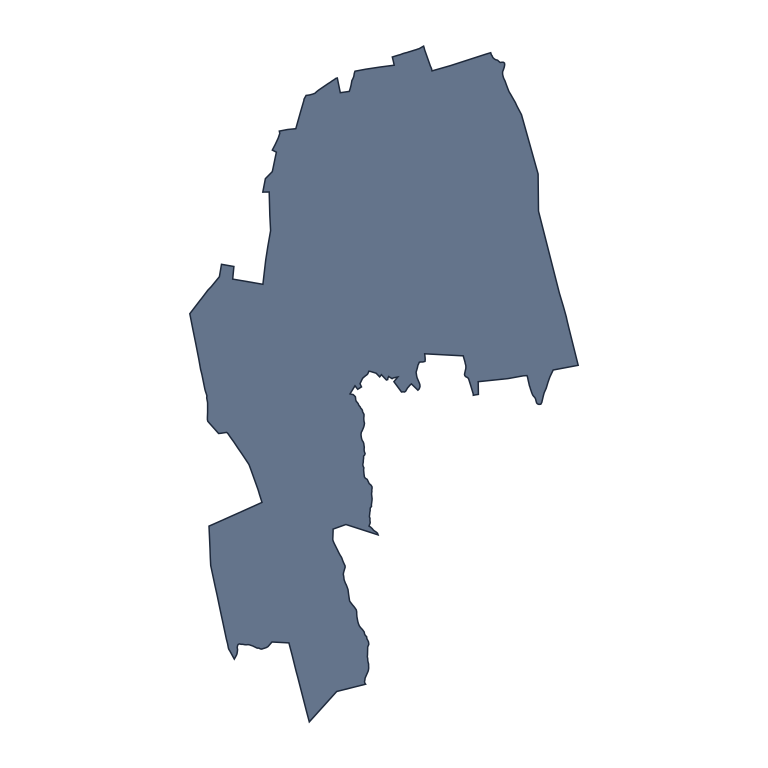 Ol Jorok, Central, Kenya
{"feature_id": "3690345B69894021790140", "entity_name": "Ol Jorok", "entity_type": "district", "adm_level": 2, "iso_a3": "KEN", "parent_name": "Kenya", "parent_adm1": "Central", "projection": "orthographic", "projection_center": [36.31, -0.178], "detail": "fine", "context": "isolated", "style": "filled", "palette": "slate", "viewbox_px": 768, "rotation_deg": 0, "n_neighbors": 0, "source": "geoboundaries", "source_scale": "gbopen_adm2", "svg_char_len": 6050}
<svg xmlns="http://www.w3.org/2000/svg" viewBox="0 0 768 768"><path d="M222.4,620.3L226.1,637.8L226.4,639.2L227.6,643.8L228.4,648.1L228.9,649.5L229.7,650.7L234.3,659.1L235.6,656.8L236.5,655.1L237.0,653.8L237.4,651.3L237.6,649.6L237.2,647.5L237.6,645.5L238.2,644.4L239.5,643.9L241.0,644.3L242.8,644.3L244.7,644.7L246.2,644.8L248.1,644.6L249.7,644.9L251.0,645.4L252.6,645.9L257.1,648.1L258.9,648.1L260.3,648.9L261.8,649.1L263.1,648.6L264.8,648.1L266.5,647.5L268.0,646.6L272.0,642.0L288.9,642.9L292.2,655.4L294.8,666.0L296.2,671.6L297.5,676.3L300.5,688.0L306.2,710.2L309.3,721.9L336.7,691.5L365.6,684.2L364.8,683.0L364.5,681.4L364.9,680.0L365.1,678.1L367.7,672.2L368.2,671.0L368.5,669.6L368.7,668.1L368.6,665.9L368.6,664.0L368.2,662.6L367.8,660.8L367.7,658.4L367.3,656.7L367.5,654.9L367.7,646.9L368.3,645.6L368.8,644.4L368.7,643.2L368.4,641.6L366.9,638.7L366.6,636.6L365.4,635.5L364.6,634.1L364.2,632.0L363.2,630.6L362.4,629.5L360.5,627.5L359.3,625.8L358.4,623.6L357.8,621.5L356.9,616.6L356.8,615.1L356.7,613.7L356.7,611.9L356.3,609.9L355.1,608.1L353.9,606.5L352.5,604.9L351.6,603.7L350.6,602.4L349.7,601.2L349.4,599.7L348.7,595.0L348.0,589.5L346.8,586.2L346.2,584.7L345.4,583.2L344.8,581.6L344.3,580.3L344.0,579.1L343.9,577.9L343.7,576.2L343.3,574.3L343.5,572.9L343.9,571.4L344.6,569.0L345.1,567.5L345.1,565.9L344.2,564.0L343.2,561.8L342.4,559.7L341.9,558.2L341.3,557.0L340.6,555.9L339.8,554.6L338.4,551.9L337.7,550.4L336.0,547.0L334.4,543.8L333.8,542.5L333.2,541.1L332.8,539.8L332.8,538.4L332.9,536.5L333.1,531.1L333.1,529.1L345.9,524.5L378.1,534.9L377.5,533.2L376.0,531.9L374.4,530.9L373.4,530.1L372.3,528.7L370.6,527.1L369.0,526.1L369.5,524.8L370.2,522.8L369.9,520.1L370.0,518.2L369.4,516.9L369.5,515.5L369.7,514.0L369.8,512.4L370.2,510.6L370.1,509.1L370.4,507.7L371.5,506.5L371.4,504.8L372.0,500.4L372.1,498.6L371.6,494.5L371.6,493.0L371.9,491.7L371.8,489.9L372.1,488.1L372.0,486.7L370.9,485.0L369.2,483.6L367.2,479.4L365.3,478.2L364.4,476.9L364.2,475.3L364.0,474.1L363.6,469.8L363.9,467.8L363.2,466.4L362.8,464.9L363.0,463.5L363.3,462.0L363.3,460.4L363.6,458.3L363.6,456.1L364.7,454.9L365.1,453.5L364.4,451.8L364.2,450.6L364.1,449.2L364.3,447.2L364.0,445.4L363.8,443.6L363.3,442.1L362.6,441.0L362.0,439.9L361.5,438.2L361.2,436.3L361.0,434.6L361.3,432.3L362.1,430.9L363.2,428.3L363.8,426.8L364.2,425.1L364.5,423.2L364.0,421.3L363.8,419.1L363.8,417.8L364.0,416.0L364.0,414.3L362.6,411.8L362.4,410.3L361.7,409.1L360.7,408.1L360.2,406.9L359.4,406.0L358.7,405.0L358.1,403.5L357.3,402.5L356.2,401.2L355.7,399.7L355.6,398.3L355.4,396.8L354.3,395.6L353.0,394.5L351.4,394.3L350.0,393.9L355.0,385.8L357.7,389.3L361.5,386.9L360.0,383.7L362.2,379.1L362.9,378.0L365.5,375.8L366.9,374.8L367.8,373.8L368.9,371.2L370.6,371.5L376.1,373.2L379.7,376.9L381.4,374.7L386.4,380.0L387.7,379.6L387.9,378.1L388.7,376.5L392.1,378.7L393.3,377.9L397.8,377.0L393.9,381.7L401.5,392.0L403.1,391.8L404.5,392.0L405.6,391.3L406.4,389.9L407.7,387.7L408.7,386.7L409.7,385.4L411.4,383.9L417.9,390.2L419.2,388.9L420.0,386.7L419.9,384.8L419.4,383.2L417.1,377.8L416.7,376.2L416.1,372.2L417.1,368.8L417.5,367.3L417.9,365.3L418.7,363.7L419.3,362.2L420.9,362.0L422.8,362.0L425.0,361.4L425.2,359.5L425.1,357.8L424.7,353.8L430.3,354.1L460.2,355.7L463.2,355.8L465.0,362.1L465.3,363.7L465.8,365.4L465.9,366.9L465.8,368.6L465.4,370.2L464.5,374.3L464.8,375.7L466.0,376.9L467.1,377.3L468.4,378.4L469.1,380.4L469.5,381.7L470.3,384.2L473.2,393.8L473.3,395.3L475.2,394.9L477.2,394.6L478.4,394.4L478.2,381.7L508.0,378.6L523.4,375.8L527.0,375.6L527.5,377.1L527.8,378.4L528.1,379.9L528.4,381.3L528.7,382.5L529.4,385.7L530.0,387.3L530.5,389.1L531.0,390.5L531.5,392.1L532.2,393.9L532.8,395.2L533.7,396.4L534.7,397.4L535.5,398.8L536.1,401.2L536.6,402.9L537.5,403.9L538.9,404.4L540.8,404.2L541.8,402.4L543.3,396.0L543.7,394.5L544.2,392.7L546.2,388.3L546.8,386.3L547.9,382.6L548.8,380.0L549.4,378.3L550.0,376.7L553.2,370.0L578.2,365.3L568.5,326.5L568.1,324.7L567.5,322.4L566.7,318.8L566.3,316.9L563.4,306.5L559.4,293.2L538.5,211.1L538.1,174.0L521.5,114.7L518.4,108.8L517.4,106.9L516.6,105.3L515.4,102.6L514.6,101.2L513.9,100.0L512.0,96.7L511.0,94.9L509.1,91.8L508.6,90.6L507.9,88.8L506.5,85.1L505.0,80.9L503.7,78.3L503.1,76.4L502.6,74.2L502.6,71.8L503.6,69.2L504.3,67.0L504.7,64.8L504.5,63.1L503.5,62.3L502.0,62.2L500.2,62.5L498.6,61.2L497.6,60.2L495.6,59.7L494.3,58.9L492.8,57.5L492.2,56.0L491.3,54.7L490.7,52.7L486.0,54.1L450.5,65.6L432.0,70.9L431.5,68.5L430.3,65.9L429.7,64.1L424.6,49.7L424.2,48.0L423.6,46.1L419.1,48.7L417.6,49.1L416.1,49.7L414.6,50.1L412.1,50.9L410.2,51.5L408.7,51.9L407.4,52.4L406.2,52.7L404.5,53.1L402.6,53.7L400.1,54.7L398.8,55.0L396.8,55.6L395.2,56.1L392.3,57.0L393.3,61.1L394.2,65.2L380.3,67.0L365.7,69.2L355.0,71.2L354.3,73.3L353.8,76.4L353.3,77.7L352.6,79.3L351.9,80.5L351.1,85.0L350.6,87.0L350.2,88.5L349.3,91.4L340.3,92.7L337.3,78.0L336.0,78.3L333.5,80.1L332.4,80.7L331.2,81.6L329.8,82.6L328.4,83.4L318.6,90.1L316.6,91.7L314.9,93.3L312.4,94.2L311.2,94.5L309.8,94.9L307.9,95.2L306.1,95.4L304.0,99.2L303.9,100.4L300.5,112.0L299.3,116.3L297.7,121.9L295.8,128.7L287.6,129.5L279.3,131.1L279.8,133.4L278.6,136.9L278.2,138.1L275.2,144.5L272.3,150.1L276.4,152.2L275.6,155.8L273.1,167.9L272.3,171.6L267.9,176.1L265.4,178.6L262.8,192.1L269.2,192.0L269.8,214.9L270.6,230.6L267.8,246.6L265.7,260.1L262.9,284.3L257.7,283.4L232.7,279.1L233.9,266.5L221.5,264.3L219.4,276.7L211.3,286.6L207.9,290.1L201.4,298.7L200.4,299.9L189.8,313.7L192.7,328.5L195.8,343.8L198.8,359.2L200.6,369.4L201.9,374.5L204.8,388.9L205.1,390.1L205.4,391.2L206.3,393.8L206.9,395.8L206.7,397.9L207.2,400.6L207.5,402.0L207.6,403.2L207.6,412.4L207.4,417.1L207.4,419.6L207.8,421.3L208.9,422.6L218.6,433.5L220.7,433.3L226.6,432.4L227.8,433.4L230.6,437.5L233.8,441.9L237.7,447.8L238.6,449.1L240.9,452.4L243.0,455.5L247.9,462.9L249.0,464.6L250.9,469.7L258.0,489.5L258.9,492.4L259.3,493.9L262.0,502.4L258.2,504.1L244.7,510.2L231.7,516.0L218.3,522.0L209.0,526.1L210.0,548.6L210.3,557.5L210.7,565.5L213.0,576.3L215.1,586.2L217.2,595.6L219.2,605.3L221.3,615.3L222.4,620.3Z" fill="#64748b" stroke="#1e293b" stroke-width="1.5"/></svg>